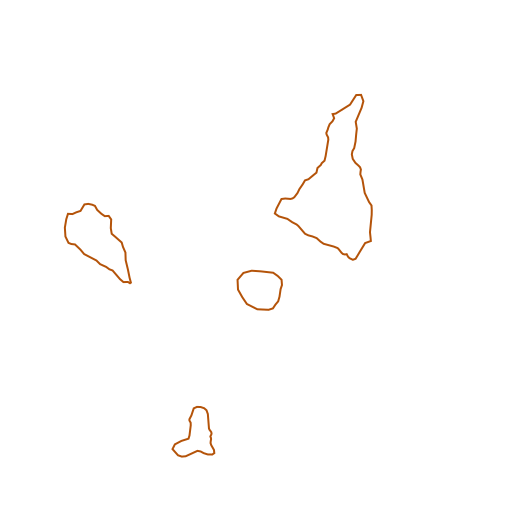 an SVG outline of Santa Cruz de Tenerife, rotated 326°
{"feature_id": "ESP-5842", "entity_name": "Santa Cruz de Tenerife", "entity_type": "Autonomous Community", "adm_level": 1, "iso_a3": "ESP", "parent_name": "Spain", "parent_adm1": "", "projection": "equal_earth", "projection_center": [-17.219, 28.249], "detail": "fine", "context": "isolated", "style": "outline", "palette": "amber", "viewbox_px": 512, "rotation_deg": 326, "n_neighbors": 0, "source": "natural_earth", "source_scale": "10m", "svg_char_len": 2393}
<svg xmlns="http://www.w3.org/2000/svg" viewBox="0 0 512 512"><g transform="rotate(326 256 256)"><path d="M380.0,278.7L377.7,282.6L374.9,286.6L363.8,300.0L361.2,304.9L359.6,307.8L353.7,306.3L344.3,310.6L340.3,312.5L337.0,314.0L334.2,313.3L332.3,310.1L331.9,308.0L332.2,305.2L330.6,304.5L329.2,303.0L328.7,301.1L328.4,296.8L328.1,295.1L325.7,291.6L318.9,283.7L317.5,280.1L316.3,275.1L313.7,271.3L310.9,268.1L309.1,265.0L307.9,254.8L307.3,252.6L304.9,248.2L302.8,242.8L297.1,235.9L295.4,231.3L299.6,228.1L309.0,223.0L312.4,224.7L316.5,228.0L318.5,228.7L320.6,228.7L325.6,227.0L329.4,224.8L335.0,222.6L338.9,220.7L342.4,221.7L349.3,221.0L352.7,220.7L356.2,217.4L360.6,216.8L362.4,215.8L366.1,215.3L369.6,212.1L377.7,203.5L381.0,200.0L382.1,198.0L382.5,194.7L383.1,193.3L386.3,191.2L387.8,189.9L390.8,187.9L394.7,187.1L397.8,185.5L398.9,181.2L401.7,182.5L418.6,183.1L429.1,178.6L433.2,181.2L431.6,187.7L426.4,192.2L413.7,200.5L410.8,206.8L407.3,210.9L402.5,216.8L397.7,221.5L394.7,222.9L392.3,225.3L390.5,229.6L390.5,234.4L391.5,238.3L391.9,240.6L391.3,243.0L389.7,244.7L388.1,246.7L387.0,252.1L381.4,264.5L379.9,274.5L380.0,278.7ZM150.5,124.4L150.1,129.0L151.4,134.5L152.9,138.4L156.3,140.4L156.4,144.7L151.2,151.7L148.8,156.9L150.1,161.5L152.2,169.7L150.8,174.1L149.7,180.1L145.6,186.6L142.2,195.7L139.0,203.4L137.4,208.1L136.3,208.1L135.3,205.9L131.5,203.5L130.3,199.1L129.0,187.8L127.0,185.0L125.7,181.3L122.2,175.6L121.2,170.5L114.6,158.3L114.0,152.5L113.2,148.8L112.4,145.2L109.6,142.8L107.9,140.3L108.9,133.3L113.4,125.6L119.3,119.4L123.7,115.9L127.3,118.6L131.5,119.3L135.7,120.5L142.6,117.3L146.1,119.0L148.9,121.9L150.5,124.4ZM227.4,265.4L236.1,263.0L244.2,265.8L251.5,271.5L260.9,279.5L262.9,284.9L263.9,290.0L261.3,294.6L257.9,297.2L252.7,302.9L249.0,306.0L245.1,307.1L240.7,308.9L236.3,307.6L227.3,300.9L221.6,290.7L221.6,282.5L222.3,273.8L227.4,265.4ZM119.2,347.5L122.7,348.1L125.7,350.3L127.9,353.2L128.7,356.2L127.7,360.1L120.5,372.8L120.3,374.3L120.4,375.7L120.4,377.1L119.8,378.4L119.0,379.1L118.0,379.6L117.2,380.2L116.9,381.7L116.3,382.8L115.0,384.1L113.7,385.7L113.1,387.9L112.7,393.3L111.2,396.1L108.7,396.1L105.0,393.5L102.4,390.2L100.8,387.1L98.5,384.8L85.7,382.7L82.3,380.8L79.9,377.6L78.8,369.4L83.4,366.8L90.8,367.6L97.9,369.7L100.5,367.6L107.2,359.9L108.6,357.7L108.8,355.2L109.5,354.1L113.2,352.1L119.2,347.5Z" fill="none" stroke="#b45309" stroke-width="2"/></g></svg>